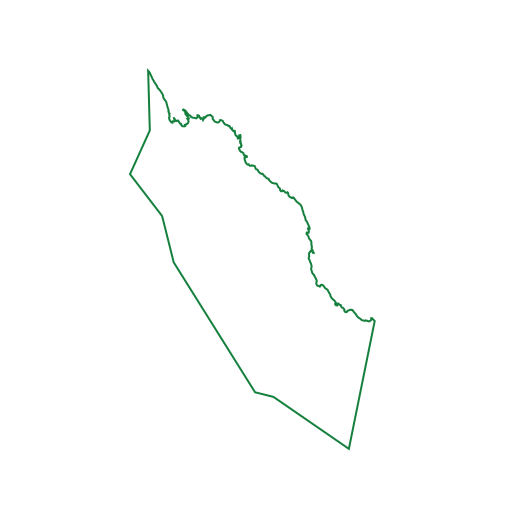 Sveitarfélagið Vogar, Suðurnes, Iceland, rotated 63°
{"feature_id": "244011B53257850023541", "entity_name": "Sveitarfélagið Vogar", "entity_type": "district", "adm_level": 2, "iso_a3": "ISL", "parent_name": "Iceland", "parent_adm1": "Suðurnes", "projection": "natural_earth1", "projection_center": [-22.291, 63.982], "detail": "fine", "context": "isolated", "style": "outline", "palette": "green", "viewbox_px": 512, "rotation_deg": 63, "n_neighbors": 0, "source": "geoboundaries", "source_scale": "gbopen_adm2", "svg_char_len": 5958}
<svg xmlns="http://www.w3.org/2000/svg" viewBox="0 0 512 512"><g transform="rotate(63 256 256)"><path d="M367.9,179.8L364.5,180.7L364.0,181.0L363.7,181.6L365.1,182.3L365.4,182.6L365.6,184.2L365.7,184.6L365.5,185.1L364.7,185.9L364.3,186.1L363.7,187.2L363.0,187.7L363.1,188.3L363.0,188.7L361.4,190.6L360.8,191.0L359.2,191.6L357.4,192.7L355.1,193.4L353.5,193.4L349.6,194.4L348.1,194.5L347.8,194.7L347.7,195.2L347.4,195.5L347.2,195.5L346.6,196.7L346.6,197.8L346.4,198.6L346.4,198.9L346.6,199.4L346.6,199.8L347.0,200.2L347.1,200.8L346.9,201.0L346.7,201.6L346.3,201.9L345.2,202.2L344.7,202.1L344.1,201.6L343.5,201.6L341.6,202.1L341.1,202.7L340.5,202.9L339.6,203.1L338.1,202.8L337.6,203.6L336.9,204.0L336.0,204.0L335.8,204.2L336.3,204.5L336.0,204.9L336.5,205.2L336.6,205.7L336.8,206.1L335.8,206.2L335.4,206.3L335.4,206.6L335.9,206.7L336.1,206.9L336.1,207.1L335.1,207.4L334.7,207.3L334.3,207.0L334.2,206.4L334.0,206.1L332.9,206.1L330.9,206.5L329.2,207.3L327.7,207.7L325.8,207.9L324.8,207.6L323.6,207.3L322.1,207.6L318.6,207.6L318.1,207.8L316.5,208.8L315.9,209.0L313.2,209.3L311.7,210.2L311.3,210.8L311.3,211.6L311.7,212.1L312.1,212.4L312.3,213.0L311.2,213.7L310.5,214.7L309.7,214.9L308.6,214.9L307.5,214.6L306.4,213.8L306.1,213.3L305.3,213.0L301.9,212.9L299.9,213.0L299.2,212.8L298.6,213.2L297.0,213.5L296.2,213.5L295.0,213.2L294.0,213.1L292.4,212.7L290.8,211.3L289.9,210.9L289.0,210.8L287.7,210.4L286.0,210.5L284.4,210.2L282.7,210.2L281.8,210.0L281.3,209.7L280.5,208.8L278.8,208.1L277.9,207.6L277.4,207.2L277.3,206.6L276.8,206.0L276.4,204.9L276.4,204.7L276.6,204.4L277.4,203.8L277.6,203.6L277.6,203.4L277.0,203.0L274.7,203.1L273.2,202.0L271.1,201.5L269.3,200.5L267.3,200.1L265.8,200.6L264.5,200.7L262.0,200.4L261.3,200.4L259.7,200.9L259.0,200.8L258.6,200.6L258.2,200.0L259.0,199.4L259.1,199.1L259.1,198.5L258.1,197.7L257.5,197.5L255.0,197.2L254.9,196.8L255.1,196.6L256.1,196.4L256.2,196.0L255.3,195.8L255.1,195.7L254.9,195.4L249.3,195.1L248.1,195.1L246.8,195.4L246.1,195.4L243.9,194.6L240.2,194.5L237.7,193.8L236.2,193.7L233.7,193.1L231.8,192.9L230.2,193.2L226.0,195.1L220.9,196.1L220.6,196.3L221.0,197.1L220.6,197.8L220.0,198.0L218.7,199.1L216.9,199.5L215.8,199.3L214.7,198.8L213.6,199.0L213.7,199.4L213.6,200.0L212.8,201.0L210.9,201.5L210.5,202.0L209.7,202.4L209.6,202.6L210.1,203.5L209.7,204.2L209.2,204.5L208.3,204.6L207.2,204.2L206.8,204.1L206.2,204.2L205.3,204.6L204.2,204.9L201.8,204.7L201.0,204.8L200.3,205.5L200.0,206.3L198.7,207.9L198.0,208.5L197.2,208.9L195.6,209.5L194.1,209.9L193.1,209.7L192.9,209.7L191.8,211.0L190.9,211.4L188.9,211.9L188.5,212.3L188.2,212.4L186.4,212.6L185.9,212.8L185.6,212.9L185.5,213.2L185.5,213.6L185.4,213.8L183.5,215.0L181.8,215.5L180.0,215.4L179.6,215.6L178.9,216.3L178.2,216.7L176.4,216.4L175.2,216.4L174.9,216.8L173.9,217.8L173.9,218.1L173.8,218.5L173.2,218.9L173.3,219.4L173.0,220.3L172.2,220.8L171.0,220.9L171.0,221.6L170.8,221.9L170.5,222.1L169.4,222.5L167.9,222.7L166.8,222.6L164.1,222.1L163.5,221.8L162.9,221.2L163.0,220.6L163.4,220.3L163.3,219.9L163.6,219.4L163.3,219.2L163.2,218.9L162.9,218.9L161.8,219.8L162.4,220.3L162.1,220.5L161.7,220.7L160.0,220.9L158.7,220.5L156.8,221.5L156.6,221.9L156.2,222.2L154.7,222.5L152.6,222.4L152.1,222.3L151.8,221.8L152.0,221.3L151.9,220.6L151.8,220.1L152.0,219.7L151.9,219.5L151.3,219.3L150.8,219.0L150.7,218.6L149.7,218.6L149.0,218.3L148.4,218.7L147.6,218.6L146.8,218.2L147.1,217.8L146.9,217.7L146.5,217.7L143.9,216.5L143.4,216.1L143.3,215.8L143.0,215.7L142.1,215.4L141.6,215.1L141.1,215.1L141.0,215.5L142.5,215.9L141.5,216.1L141.5,216.3L142.1,216.4L143.0,216.3L143.2,216.5L143.3,217.0L142.4,217.1L142.9,217.4L142.9,217.5L142.6,218.0L142.5,218.3L143.1,218.6L143.1,218.8L142.8,218.8L141.7,218.5L141.1,218.4L140.2,218.8L139.5,219.3L138.2,219.2L136.6,218.9L135.1,218.1L134.8,218.2L134.8,219.2L134.6,219.4L133.4,219.7L132.3,219.6L132.6,219.9L132.6,220.0L130.6,220.3L130.4,220.6L128.1,220.6L127.9,221.4L126.1,222.2L125.4,223.3L124.5,223.9L122.6,224.3L120.8,224.3L120.1,224.6L119.5,225.0L118.6,226.2L119.1,226.7L119.7,227.9L119.9,228.8L119.7,229.5L119.1,230.3L118.7,230.5L118.2,231.1L117.7,231.6L117.3,231.8L116.1,231.9L114.6,232.3L113.7,232.1L112.4,231.5L112.0,231.5L111.2,232.0L109.5,232.6L109.4,233.4L109.4,233.7L108.9,234.7L108.7,235.9L109.1,236.7L109.0,237.6L109.7,238.3L109.5,238.9L108.8,239.3L108.7,239.5L109.4,239.7L110.1,240.6L110.4,240.8L110.8,241.4L110.1,241.3L108.5,241.8L108.4,242.0L108.6,242.4L108.7,243.0L107.3,243.3L106.7,243.1L105.2,243.1L104.6,243.4L104.1,244.0L104.0,244.3L105.4,244.9L105.9,245.2L105.9,245.8L106.2,246.5L106.2,246.9L104.8,248.3L104.2,249.3L103.2,250.3L102.5,250.7L101.2,250.8L100.0,251.9L94.2,253.0L92.5,254.2L92.6,254.7L92.8,254.7L92.9,254.1L93.5,253.7L94.1,253.8L95.0,254.4L94.1,253.6L94.7,253.4L94.9,253.1L99.2,252.3L99.4,252.3L99.5,252.6L99.4,252.7L98.3,253.2L98.7,254.0L97.3,254.2L96.5,253.9L96.3,254.0L97.3,254.4L102.8,253.3L103.4,254.0L103.6,254.5L103.3,254.8L104.3,254.7L105.4,255.0L106.2,255.6L107.0,256.8L106.8,257.7L107.1,258.3L106.9,258.8L107.0,259.3L106.9,259.7L107.8,259.8L108.1,260.0L108.0,261.0L107.7,261.5L106.8,262.8L105.0,263.1L104.7,262.8L104.2,262.8L103.7,263.4L102.9,263.7L101.1,263.7L101.0,263.8L100.0,263.9L99.7,264.2L99.7,265.6L99.5,265.8L98.3,266.2L95.9,266.4L95.9,266.6L96.1,266.7L98.6,266.6L99.0,266.9L99.1,267.3L99.0,267.8L98.2,268.8L98.4,269.4L98.8,269.4L99.3,269.9L98.7,270.6L98.3,270.8L96.0,271.2L94.5,271.1L93.2,270.6L93.1,270.3L92.8,270.1L92.6,269.7L91.9,269.4L91.3,269.4L90.6,269.1L90.3,268.9L89.9,268.3L88.9,268.6L87.6,268.5L87.3,268.4L87.1,268.1L87.1,267.9L86.9,267.8L82.6,267.1L78.3,266.1L76.2,266.2L74.2,266.7L72.4,266.5L70.9,266.0L69.1,265.8L64.0,266.5L61.7,267.3L58.9,267.1L55.1,267.6L54.3,267.7L53.6,267.6L51.3,267.8L48.4,267.6L46.0,267.6L45.2,267.5L44.3,267.5L43.3,267.6L42.0,268.0L95.9,293.6L125.9,331.1L177.8,321.5L224.3,332.2L377.0,318.7L389.5,304.4L470.0,260.8L367.9,179.8ZM278.8,203.9L279.5,203.3L279.5,203.1L278.7,203.2L277.8,203.8L278.8,203.9Z" fill="none" stroke="#15803d" stroke-width="2"/></g></svg>